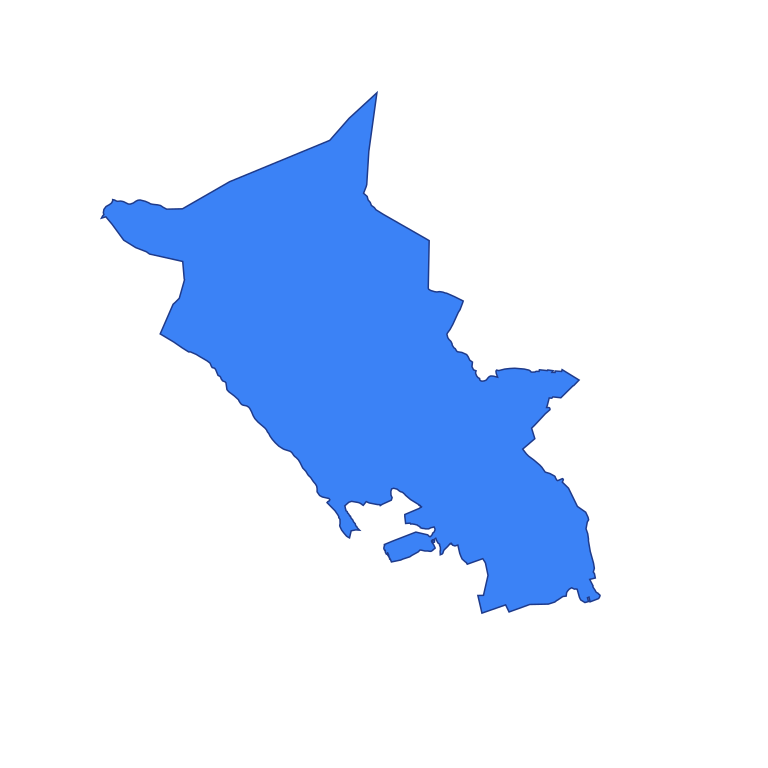 Tlalmanalco, México, Mexico (Natural Earth projection), rotated 242°
{"feature_id": "50627088B86677903952586", "entity_name": "Tlalmanalco", "entity_type": "district", "adm_level": 2, "iso_a3": "MEX", "parent_name": "Mexico", "parent_adm1": "México", "projection": "natural_earth1", "projection_center": [-98.767, 19.207], "detail": "fine", "context": "isolated", "style": "filled", "palette": "blue", "viewbox_px": 768, "rotation_deg": 242, "n_neighbors": 0, "source": "geoboundaries", "source_scale": "gbopen_adm2", "svg_char_len": 6147}
<svg xmlns="http://www.w3.org/2000/svg" viewBox="0 0 768 768"><g transform="rotate(242 384 384)"><path d="M644.5,514.5L635.0,478.0L624.6,450.5L635.1,342.7L633.3,288.3L640.4,274.2L643.8,271.9L646.5,270.5L648.4,268.3L651.2,264.2L652.7,262.4L654.4,261.4L657.5,258.9L661.0,255.0L661.8,253.0L661.9,250.6L661.5,247.7L662.0,244.3L663.0,242.7L667.2,239.7L668.2,238.6L669.2,237.3L670.4,234.5L671.2,233.6L672.8,232.6L674.2,231.0L673.2,230.5L672.1,229.0L671.7,228.3L671.3,225.8L671.2,221.9L669.7,218.7L667.0,216.6L665.1,216.2L664.5,214.5L663.1,212.4L662.2,216.9L652.7,218.9L633.2,221.7L621.0,228.8L612.3,236.3L608.8,238.0L586.7,263.8L570.5,256.9L569.8,256.9L555.8,243.5L554.1,238.0L553.4,235.2L533.3,209.9L519.7,218.1L510.8,222.7L504.0,226.6L503.3,228.1L498.3,232.1L495.2,233.9L487.6,238.6L484.6,240.0L483.9,240.2L480.6,239.9L479.2,240.0L477.4,241.9L475.5,242.1L469.5,241.5L467.7,242.8L466.3,242.9L465.0,242.6L463.9,242.9L463.1,242.8L462.5,243.0L460.5,244.7L459.2,245.0L452.8,242.7L451.7,242.9L449.8,243.4L443.8,246.2L438.5,248.1L437.0,248.0L434.7,248.2L433.3,248.5L432.4,248.9L431.4,249.7L429.2,252.4L427.2,253.6L425.6,254.0L421.8,254.0L417.4,253.6L414.1,253.7L409.4,254.9L401.0,258.2L398.7,258.7L396.4,258.6L394.4,259.0L391.4,258.9L387.4,259.4L383.2,260.4L378.4,262.0L374.0,264.5L373.0,265.3L368.6,269.6L367.8,270.0L366.3,270.5L363.3,270.8L361.8,271.2L360.4,271.9L357.3,272.8L354.1,273.0L348.0,272.8L343.6,274.0L339.8,274.2L338.6,274.4L336.0,275.3L331.1,275.8L327.9,276.5L325.4,276.6L323.0,275.8L320.2,274.3L315.8,274.8L313.2,276.5L308.8,281.6L307.4,281.9L306.6,281.0L306.5,279.1L306.0,278.0L295.2,281.2L290.1,281.8L288.0,281.8L287.3,281.3L285.2,281.6L281.4,279.7L279.9,278.5L278.9,278.2L275.0,278.0L271.3,278.6L267.3,279.5L265.8,280.3L264.3,281.3L269.8,286.1L268.4,290.7L266.4,293.8L269.5,292.9L271.0,293.0L271.7,292.6L272.7,292.6L274.0,293.0L276.7,292.4L278.7,292.6L281.1,292.0L283.0,292.3L283.1,291.9L286.4,291.7L287.1,291.3L288.6,291.6L290.1,290.9L291.0,291.3L292.8,291.6L293.5,292.0L294.8,292.1L296.1,297.4L295.6,300.3L291.8,305.2L290.6,306.5L288.3,307.9L287.6,308.1L286.6,308.7L288.5,313.1L285.9,315.1L280.7,321.5L279.4,323.7L278.4,323.6L278.6,326.0L278.0,335.9L279.8,337.8L282.6,338.0L285.9,339.6L287.8,341.5L287.4,343.6L285.0,346.2L282.4,347.3L281.2,348.0L279.7,349.5L276.8,350.6L275.8,350.7L269.5,353.2L260.1,358.7L260.1,358.2L257.9,359.5L257.7,359.2L257.9,358.0L257.6,357.0L259.0,341.1L257.3,340.2L250.7,337.6L248.9,341.7L247.8,341.8L247.3,343.1L245.7,345.2L243.7,347.3L243.1,347.4L241.2,348.7L240.1,348.6L238.5,350.1L237.6,351.5L236.5,352.8L235.1,355.5L235.1,358.1L234.8,358.7L234.3,361.1L232.2,361.0L231.2,360.5L229.9,358.9L229.6,357.9L229.5,356.9L228.5,356.1L227.7,354.2L227.5,353.0L228.2,352.4L230.3,351.8L238.3,342.6L241.2,318.3L242.1,309.0L241.7,308.9L241.8,308.8L241.2,308.5L239.2,306.8L238.3,306.5L236.5,306.5L236.4,307.0L234.4,306.1L233.1,306.3L232.6,306.2L232.5,307.3L233.2,307.9L233.1,308.0L232.5,308.0L232.2,307.4L231.8,307.2L231.6,307.5L231.4,307.6L231.4,307.1L230.7,306.9L229.9,307.2L229.9,307.5L229.7,307.6L229.2,307.1L227.6,307.2L227.3,307.3L227.0,306.8L226.6,306.8L226.0,307.3L223.4,307.0L220.7,316.2L220.6,318.3L219.3,325.7L219.6,328.1L219.7,335.4L220.5,337.8L219.9,338.8L217.3,341.8L216.1,344.1L214.6,346.1L214.4,346.7L214.2,346.9L214.2,348.2L214.5,349.7L214.7,349.8L214.9,351.9L215.4,352.2L218.8,352.4L221.5,352.0L223.1,352.2L223.4,353.0L220.8,352.7L220.7,354.3L222.0,355.1L223.0,354.4L223.4,354.3L223.2,354.9L223.5,357.3L221.2,357.0L218.3,357.0L216.4,357.9L215.7,357.4L213.4,357.1L210.4,355.6L210.3,355.2L206.8,353.5L206.6,355.5L206.9,356.4L208.8,358.4L209.3,359.3L210.6,363.8L212.1,367.7L211.2,368.0L211.5,368.7L209.5,368.9L207.7,370.6L207.1,373.6L199.0,371.4L196.0,371.0L192.8,370.8L188.7,372.3L187.5,373.0L187.2,372.8L185.8,372.9L183.4,389.2L179.7,389.5L178.2,389.5L166.2,386.0L150.7,372.6L153.2,367.6L135.7,362.9L131.9,387.7L124.0,387.4L120.9,409.2L112.5,425.8L111.3,432.5L111.8,435.2L111.7,435.7L112.4,442.1L111.2,445.3L114.1,447.3L115.2,449.3L115.9,451.3L116.0,454.0L113.5,455.8L113.0,457.1L112.1,458.2L103.9,456.4L101.0,456.3L96.7,458.8L95.9,462.4L99.8,463.3L99.6,465.0L94.9,463.7L93.8,472.5L94.1,473.4L95.0,474.7L95.9,475.5L97.0,475.4L97.6,474.9L98.9,474.7L100.1,473.8L101.3,473.5L102.6,473.6L106.3,473.2L107.5,473.4L107.7,473.6L107.7,473.8L114.9,473.9L113.5,479.5L117.8,480.8L119.7,480.5L122.5,483.2L127.5,484.9L139.3,487.5L149.6,490.9L151.2,491.8L156.2,493.6L161.3,494.4L166.7,498.7L168.0,500.9L170.5,501.6L176.1,501.9L185.1,497.3L205.4,498.0L213.6,495.4L215.3,497.4L216.4,497.4L216.7,497.1L217.1,492.3L217.3,491.8L218.3,491.4L221.2,491.4L221.9,491.6L222.6,491.4L227.0,488.5L230.3,485.2L230.9,484.9L236.3,484.3L239.3,483.5L246.6,480.6L252.5,477.8L255.5,476.9L261.4,475.9L264.9,491.5L275.7,493.6L276.9,497.7L282.0,512.5L283.4,518.5L284.7,519.0L285.5,518.8L285.9,518.4L286.9,516.5L288.6,518.3L294.1,523.3L292.7,525.5L293.3,527.1L288.8,533.7L293.5,549.4L293.7,549.9L293.5,550.5L293.6,551.0L295.9,558.1L313.1,548.0L311.7,546.7L315.1,541.3L313.9,540.5L315.4,537.7L316.4,539.5L319.5,535.2L319.1,534.7L319.2,534.4L323.6,527.9L322.3,526.8L323.7,524.4L323.8,523.7L323.7,522.9L325.0,520.2L325.6,519.5L326.8,519.3L328.2,518.5L331.4,514.8L336.5,506.9L338.6,502.4L340.5,497.6L341.9,491.9L342.4,491.0L343.4,490.1L343.2,489.4L342.6,488.8L341.8,488.5L340.7,488.1L336.7,487.5L339.4,484.5L340.6,482.7L341.0,481.8L341.1,480.4L340.6,478.7L339.6,476.5L339.5,475.6L339.7,473.9L340.5,471.8L341.2,471.1L342.0,470.7L342.9,470.5L344.0,471.0L345.5,470.0L347.6,469.6L350.4,469.9L351.6,470.6L352.4,471.5L354.5,469.7L358.0,469.8L361.8,472.4L364.8,470.9L368.7,471.1L371.2,470.8L375.3,467.6L378.0,464.0L379.1,463.6L381.7,463.5L383.3,462.7L386.2,462.5L387.6,463.0L390.2,463.1L392.8,462.3L395.0,462.1L398.4,462.9L399.2,463.9L401.2,468.0L404.5,473.0L412.4,483.3L413.9,486.0L418.9,491.7L420.1,492.9L428.1,487.2L434.8,481.9L435.6,480.8L437.4,479.2L439.0,477.1L439.6,476.2L440.4,473.9L441.8,472.0L444.7,469.1L446.7,467.9L447.9,468.1L489.4,491.2L534.0,463.1L541.6,458.7L544.3,458.3L547.6,456.7L550.8,457.1L554.1,456.4L557.5,457.2L562.0,455.5L566.7,461.0L568.2,462.4L596.5,479.8L644.5,514.5Z" fill="#3b82f6" stroke="#1e3a8a" stroke-width="1.5"/></g></svg>